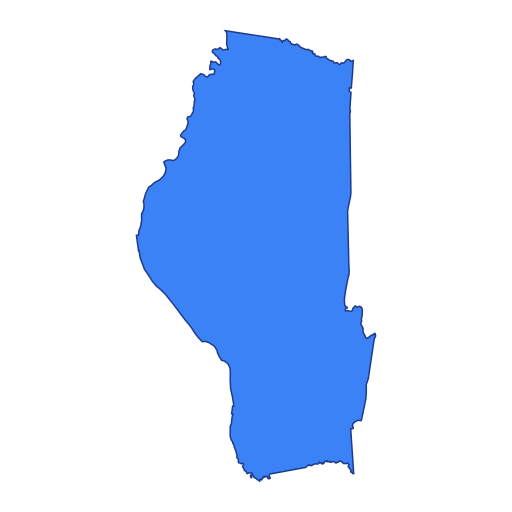 Tamalameque, Cesar, Colombia (Natural Earth projection)
{"feature_id": "7082276B88899531515533", "entity_name": "Tamalameque", "entity_type": "district", "adm_level": 2, "iso_a3": "COL", "parent_name": "Colombia", "parent_adm1": "Cesar", "projection": "natural_earth1", "projection_center": [-73.751, 8.897], "detail": "fine", "context": "isolated", "style": "filled", "palette": "blue", "viewbox_px": 512, "rotation_deg": 0, "n_neighbors": 0, "source": "geoboundaries", "source_scale": "gbopen_adm2", "svg_char_len": 5962}
<svg xmlns="http://www.w3.org/2000/svg" viewBox="0 0 512 512"><path d="M202.1,341.6L205.6,341.5L208.8,342.5L214.6,346.4L215.9,348.7L216.8,349.7L217.7,353.4L218.9,355.6L219.3,356.9L220.1,357.8L221.3,360.1L224.5,361.1L226.9,362.9L228.4,364.5L229.6,367.1L230.2,369.4L230.3,372.3L230.2,380.3L230.6,388.7L232.6,397.7L233.6,403.9L233.5,406.3L232.6,406.2L231.6,413.8L232.8,414.0L232.7,414.8L232.0,417.6L231.3,424.2L230.6,425.3L230.2,426.5L230.2,436.3L231.3,440.1L232.1,441.0L232.6,442.1L232.8,443.4L233.6,444.3L234.1,445.4L234.2,446.7L236.0,451.5L236.9,455.2L236.9,457.7L237.9,458.7L238.5,459.9L238.3,462.2L238.8,462.8L239.8,463.0L241.2,463.8L242.6,463.4L243.4,463.6L243.5,464.6L242.7,466.1L242.6,466.8L243.9,468.7L244.3,470.3L244.8,470.8L245.8,471.1L246.2,471.7L246.9,473.4L247.6,473.6L248.5,472.7L248.8,472.7L250.0,473.2L251.6,472.9L252.5,473.6L251.8,474.8L250.8,475.2L250.4,475.6L251.0,477.6L251.3,477.8L251.6,477.5L251.5,476.1L251.6,475.7L251.9,475.5L253.1,475.5L254.3,477.8L255.8,478.1L257.5,479.9L258.9,480.3L259.6,481.3L259.8,481.1L259.9,479.5L260.4,479.3L261.6,479.9L262.1,479.2L262.4,478.2L263.1,477.9L263.1,477.2L263.7,477.5L264.1,476.4L264.7,476.4L265.1,477.0L265.5,477.0L266.2,476.3L266.6,476.3L267.8,477.1L267.7,477.9L268.1,478.6L268.9,478.7L269.9,478.5L270.2,478.0L270.1,477.4L269.2,476.3L269.0,475.3L270.0,474.0L305.8,467.4L307.2,465.9L308.0,465.6L308.3,465.0L309.1,465.0L309.5,465.4L309.9,465.0L310.5,465.1L311.1,465.6L311.6,465.7L312.8,464.7L315.3,463.8L316.1,464.0L317.9,464.0L318.8,463.4L319.2,462.3L319.5,462.9L320.4,462.6L321.1,463.3L322.0,462.9L322.0,463.8L323.0,463.9L323.5,463.1L324.3,462.8L324.4,462.0L325.0,461.3L325.7,461.2L326.4,461.5L326.8,460.9L327.3,460.8L328.0,461.9L329.3,461.4L330.0,462.1L330.5,462.0L330.9,462.3L331.2,462.3L331.7,461.6L333.0,461.6L334.7,462.0L335.1,462.2L335.4,462.8L336.3,463.0L337.1,462.3L338.4,462.2L339.1,461.4L340.4,460.9L340.7,460.9L341.4,461.7L342.1,461.8L342.4,462.4L343.5,463.5L346.5,463.6L347.7,463.0L348.4,464.0L349.0,464.4L349.1,465.0L348.3,466.0L348.2,466.7L350.3,469.3L350.9,470.6L350.8,472.0L351.6,472.3L352.9,473.6L353.7,473.7L350.7,428.8L352.6,428.7L353.2,428.3L353.3,427.5L352.5,426.0L352.6,424.6L353.0,423.7L354.5,422.2L357.4,420.5L358.9,420.3L361.0,420.7L361.5,419.9L365.9,398.7L366.3,392.5L366.3,384.6L368.3,378.6L373.9,341.0L374.5,338.2L375.5,336.5L375.6,335.6L375.2,333.8L374.8,333.4L374.7,333.6L375.2,334.4L374.9,334.7L374.6,334.1L374.2,334.4L373.8,334.0L372.3,335.1L371.2,335.3L368.2,337.7L366.4,338.4L366.0,338.1L365.0,335.6L363.5,333.2L363.0,331.4L363.1,328.4L360.6,323.5L361.6,321.3L361.4,318.7L362.2,315.5L362.3,313.1L362.3,309.2L361.6,307.7L361.1,307.1L360.3,306.5L359.1,306.3L357.5,307.1L356.7,307.0L355.7,306.1L355.2,305.9L353.0,308.2L352.2,310.5L351.7,311.2L350.1,311.4L348.0,310.6L346.5,310.8L345.3,310.7L345.5,308.7L345.9,308.3L347.3,308.0L347.4,307.7L347.0,307.2L346.1,306.9L345.2,305.6L344.7,305.5L344.4,300.5L344.7,296.3L345.5,291.9L345.3,291.8L348.5,275.6L348.8,275.6L349.2,271.8L348.8,263.2L347.6,211.4L348.0,208.4L350.6,196.2L350.9,192.8L349.8,114.2L349.9,112.4L350.2,112.4L350.4,110.7L349.9,108.7L351.0,92.5L350.4,92.4L349.4,91.3L349.2,89.8L349.5,88.7L349.2,88.2L349.3,87.7L350.6,88.1L351.3,88.0L352.7,71.0L352.6,70.8L353.3,60.5L350.8,61.3L349.5,59.9L348.5,59.5L347.3,59.5L346.1,60.3L344.3,62.7L343.0,63.3L342.1,62.7L341.4,62.9L339.7,64.7L339.0,64.4L338.1,63.2L337.2,63.0L336.5,62.6L335.4,63.0L334.0,63.0L333.4,61.5L333.0,61.1L332.1,61.3L331.2,60.5L330.5,60.6L328.9,59.9L328.5,59.3L327.8,59.2L327.2,58.7L326.6,58.2L326.0,56.5L324.1,56.6L323.3,57.3L321.1,57.1L320.8,57.4L320.3,57.5L319.4,57.3L318.8,56.5L317.8,56.1L316.1,56.3L315.0,55.2L315.0,54.1L314.1,53.7L313.0,53.7L312.5,53.2L312.5,52.6L312.8,52.1L312.3,51.6L312.5,51.3L312.0,50.9L311.2,51.0L310.3,50.4L309.5,50.3L308.4,49.4L305.8,49.6L303.6,48.4L303.0,48.5L302.7,48.1L302.2,48.1L300.0,46.7L297.8,44.5L296.2,44.1L294.9,45.2L293.2,44.3L292.2,44.4L292.0,44.0L291.3,44.0L290.7,43.2L290.2,41.7L289.3,41.4L288.4,40.5L288.1,40.4L287.6,39.5L286.1,39.0L285.3,39.8L285.0,40.8L283.7,40.5L282.9,40.9L282.4,42.3L281.9,41.9L281.2,40.4L280.2,40.0L279.9,38.9L279.5,38.6L279.0,39.0L278.3,39.1L277.8,38.8L225.3,30.7L226.4,32.1L226.7,33.4L226.9,34.9L226.9,38.8L226.8,39.4L226.6,44.4L227.7,48.0L228.3,49.2L227.6,49.8L227.1,49.4L226.0,49.3L223.1,50.2L222.1,49.1L219.9,47.6L218.9,48.6L218.5,48.7L217.6,49.4L216.8,49.4L215.7,48.9L214.8,49.1L213.6,49.5L212.9,50.0L212.4,50.8L212.3,51.9L214.5,53.9L215.9,55.7L217.6,56.5L218.1,58.2L219.5,59.3L220.2,60.1L220.8,62.3L220.2,64.2L219.8,64.8L219.2,65.0L217.7,63.9L215.7,61.9L213.4,62.2L211.6,61.2L211.0,61.2L210.8,61.4L210.8,63.4L210.1,65.5L209.7,69.2L209.9,69.5L210.3,69.7L212.3,68.8L212.8,68.8L214.3,69.5L214.7,70.1L214.7,70.6L214.2,74.0L213.8,74.2L210.7,74.3L209.1,75.1L207.7,76.7L206.7,76.9L205.7,76.6L203.6,74.5L200.7,73.7L195.3,78.5L193.2,81.4L193.2,82.1L193.8,83.1L193.9,83.8L193.4,85.2L192.7,86.2L192.7,88.5L193.0,90.3L194.3,92.7L194.3,93.5L193.9,94.6L193.8,96.2L194.8,98.5L194.9,99.4L194.4,101.0L194.0,106.2L193.2,107.7L193.5,109.3L193.2,112.0L192.0,113.7L191.4,115.2L190.4,116.3L187.7,117.0L187.3,117.8L187.1,118.9L187.2,119.5L188.1,121.4L188.1,122.4L187.6,124.6L186.3,128.5L185.5,130.1L184.0,130.7L180.6,135.1L180.7,136.0L181.0,136.6L184.2,138.4L185.3,139.5L185.7,141.5L185.0,142.9L183.3,144.8L180.0,148.0L179.1,150.7L178.5,155.3L177.8,157.0L175.9,159.0L174.5,160.1L173.2,160.5L169.5,159.9L167.5,160.0L165.3,161.0L163.8,162.0L165.6,167.1L166.0,168.3L166.0,169.3L165.7,170.8L165.0,173.3L163.6,175.8L162.0,177.6L159.4,180.0L155.4,182.0L153.0,183.8L151.4,185.4L148.7,187.1L145.6,193.7L144.0,199.4L143.3,201.1L144.0,204.4L143.9,208.2L143.4,210.2L142.5,212.3L141.6,213.7L141.6,221.2L141.0,223.5L140.8,226.0L139.0,230.5L138.4,235.2L136.4,235.3L138.5,250.7L139.0,250.5L140.2,257.9L144.6,269.6L148.6,275.3L152.3,281.2L156.2,285.9L159.7,288.8L165.2,294.1L172.7,303.4L185.8,320.8L189.1,324.5L191.6,328.0L194.8,333.0L198.2,337.4L202.1,341.6Z" fill="#3b82f6" stroke="#1e3a8a" stroke-width="1.5"/></svg>